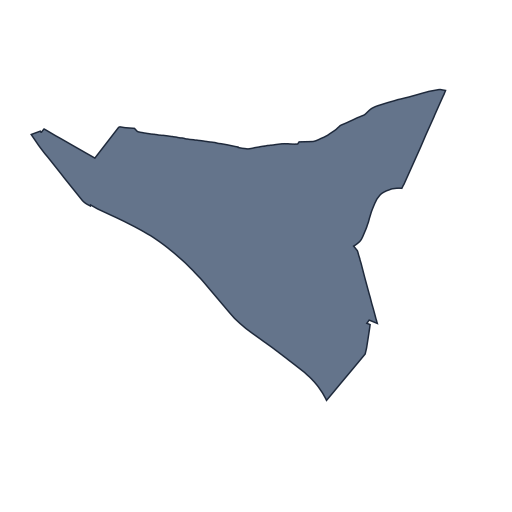 the district of Alblasserdam, Zuid-Holland, Netherlands, rotated 353°
{"feature_id": "6326949B80110375564043", "entity_name": "Alblasserdam", "entity_type": "district", "adm_level": 2, "iso_a3": "NLD", "parent_name": "Netherlands", "parent_adm1": "Zuid-Holland", "projection": "robinson", "projection_center": [4.666, 51.86], "detail": "fine", "context": "isolated", "style": "filled", "palette": "slate", "viewbox_px": 512, "rotation_deg": 353, "n_neighbors": 0, "source": "geoboundaries", "source_scale": "gbopen_adm2", "svg_char_len": 5993}
<svg xmlns="http://www.w3.org/2000/svg" viewBox="0 0 512 512"><g transform="rotate(353 256 256)"><path d="M308.4,407.9L315.7,401.1L324.6,392.7L336.9,381.2L352.4,366.6L354.5,360.9L357.7,349.7L360.1,341.1L360.9,338.0L357.8,336.3L360.5,333.4L368.2,337.7L367.8,335.4L367.8,335.0L367.4,332.9L366.9,329.0L366.8,328.8L366.8,328.4L366.0,322.8L365.1,317.3L364.3,311.0L363.8,308.0L361.2,289.9L359.4,276.1L358.7,272.2L358.7,271.4L357.9,267.2L357.9,266.8L357.5,264.2L357.3,263.5L357.2,263.0L356.3,261.6L355.6,260.4L354.1,258.1L355.8,257.3L357.8,256.2L358.9,255.5L359.8,254.9L360.4,254.5L361.1,253.9L361.8,253.2L362.6,252.3L363.5,251.0L364.4,249.6L368.5,242.5L369.6,240.4L370.4,238.6L371.5,236.5L372.3,234.6L372.7,233.6L373.1,232.5L373.7,231.2L376.0,226.0L376.4,225.3L377.1,223.9L379.7,219.3L380.5,217.9L381.2,216.9L381.9,215.8L382.8,214.4L383.9,213.2L385.4,211.7L386.5,210.6L386.9,210.3L388.0,209.5L389.1,208.9L390.0,208.5L391.2,208.0L392.7,207.5L393.4,207.2L394.0,207.1L395.7,206.7L396.3,206.6L398.1,206.1L398.7,206.0L399.2,205.9L399.8,205.9L401.2,205.9L403.9,205.9L406.2,206.1L408.1,206.4L409.0,206.6L409.7,205.5L410.7,204.0L410.9,203.7L411.5,203.0L432.3,168.6L436.9,160.7L439.2,156.7L449.7,139.4L450.2,138.4L455.3,129.9L458.8,124.1L461.4,119.8L462.3,118.5L462.7,117.7L463.3,116.6L463.9,115.6L464.3,114.8L462.7,114.3L461.9,114.1L460.4,113.6L459.8,113.4L459.1,113.2L458.5,113.2L458.0,113.1L449.2,113.6L447.5,113.7L446.4,113.9L445.0,114.1L440.8,114.7L435.2,115.6L429.2,116.5L428.1,116.7L426.5,116.9L423.7,117.2L421.3,117.5L419.0,117.8L416.7,118.0L416.2,118.0L414.1,118.4L412.0,118.8L409.3,119.2L406.0,119.7L403.2,120.2L401.0,120.6L398.4,121.1L396.1,121.5L394.2,121.9L392.6,122.3L390.5,123.0L388.9,123.6L387.9,124.1L386.2,125.2L384.2,126.7L382.5,128.0L381.2,128.9L380.0,129.4L378.0,129.9L375.6,130.6L373.5,131.1L372.0,131.6L370.0,132.3L367.6,133.1L365.3,133.8L362.6,134.7L360.2,135.4L358.0,136.0L356.3,136.5L355.2,137.0L354.2,137.8L352.7,138.8L351.0,140.1L349.6,140.9L346.2,142.6L344.8,143.3L343.3,144.1L341.6,145.0L339.9,145.6L338.2,146.3L337.1,146.6L335.7,147.0L334.3,147.4L333.3,147.8L332.4,148.1L331.7,148.3L329.9,148.8L329.2,149.0L328.4,149.1L327.7,149.2L327.0,149.3L326.4,149.3L325.5,149.2L325.0,149.2L324.3,149.1L323.0,149.0L312.7,148.0L311.0,149.9L310.2,149.9L308.4,149.7L308.2,149.8L307.3,149.6L306.8,149.5L306.7,149.5L306.4,149.5L304.4,149.1L303.1,148.9L302.0,148.6L300.7,148.4L299.6,148.3L298.9,148.2L297.8,148.0L297.2,148.0L296.4,147.9L295.4,147.8L294.0,147.8L291.9,147.8L291.3,147.8L288.6,147.8L287.3,147.9L286.1,147.9L285.6,147.9L284.9,148.0L284.6,147.8L283.4,147.8L282.8,147.9L282.1,147.8L281.3,147.8L281.0,147.7L280.1,147.8L279.7,147.8L279.0,148.0L278.6,147.9L277.8,147.9L277.7,148.1L277.0,148.1L276.8,147.9L273.8,148.0L272.8,148.2L272.7,148.1L272.0,148.2L267.9,148.3L267.5,148.4L265.8,148.6L264.0,148.7L262.8,148.7L262.3,148.8L260.9,148.7L260.3,148.6L259.8,148.5L258.9,148.2L257.2,147.8L257.0,147.7L256.7,147.7L256.4,147.7L256.1,147.6L252.9,146.6L251.5,146.1L251.5,145.9L251.5,145.7L251.2,145.7L250.9,145.5L250.8,145.4L250.7,145.4L248.7,144.8L244.1,143.2L243.8,143.1L243.5,143.0L241.2,142.2L238.0,141.2L234.7,140.2L234.3,140.1L233.1,139.9L232.5,139.7L232.1,139.6L231.6,139.5L231.2,139.2L230.8,139.0L230.4,139.0L230.1,138.9L229.9,138.7L229.6,138.6L229.2,138.4L227.1,137.9L226.0,137.6L224.1,137.2L222.5,136.8L220.9,136.3L219.2,135.9L218.6,135.7L218.1,135.5L217.6,135.4L217.1,135.3L216.6,135.1L214.2,134.5L213.4,134.4L213.1,134.3L212.5,134.1L211.4,133.8L211.1,133.7L210.5,133.7L210.1,133.6L209.3,133.4L208.8,133.2L208.3,133.0L207.8,132.9L205.3,132.4L204.3,132.2L204.0,132.1L202.5,131.6L202.1,131.5L201.7,131.5L201.0,131.3L199.8,130.9L198.9,130.4L198.7,130.3L198.0,130.2L197.8,130.1L197.6,130.0L196.9,129.8L196.1,129.7L195.5,129.6L194.8,129.5L194.5,129.4L194.1,129.2L193.8,129.1L193.6,129.1L193.3,129.0L193.1,129.0L192.8,128.9L192.6,128.8L192.5,128.7L192.0,128.5L191.5,128.3L190.3,128.0L189.9,127.9L189.3,127.8L188.9,127.7L188.3,127.5L188.0,127.4L187.8,127.3L187.5,127.2L186.2,127.0L185.9,126.9L185.1,126.6L184.7,126.6L184.4,126.5L183.9,126.3L178.9,125.0L178.5,124.9L177.7,124.8L176.9,124.7L176.4,124.6L175.4,124.3L175.0,124.3L174.5,124.2L174.2,124.1L173.9,124.0L173.3,123.8L172.7,123.6L171.8,123.3L171.1,123.2L170.8,123.1L170.6,123.0L170.3,122.9L169.8,122.8L169.5,122.8L168.5,122.5L167.6,122.4L165.8,121.9L164.4,121.5L163.9,121.3L163.7,121.3L163.5,121.2L163.4,121.2L163.1,121.2L162.0,120.8L160.9,120.5L159.8,120.2L158.1,119.6L156.5,119.2L154.6,118.5L154.2,118.4L153.9,118.2L153.6,118.0L153.4,117.8L153.1,117.5L152.8,117.2L152.0,116.0L150.9,114.5L141.8,112.7L141.4,112.6L137.3,111.4L137.0,111.3L136.7,111.3L136.3,111.3L136.1,111.3L135.8,111.4L135.6,111.5L135.4,111.6L135.1,111.8L108.0,139.2L100.5,133.6L99.8,133.1L96.5,130.6L95.4,129.8L89.5,125.4L76.7,115.8L71.6,112.1L62.8,105.3L62.2,104.9L61.6,104.4L61.1,104.1L59.6,105.5L58.1,107.0L57.5,106.8L57.1,105.8L47.7,108.0L48.8,110.2L53.6,119.5L55.1,122.2L58.5,128.0L59.1,129.0L61.6,132.8L67.1,141.8L74.1,153.3L74.7,154.4L74.9,154.7L76.5,157.3L90.5,179.9L91.8,181.5L93.1,182.8L94.8,184.2L96.3,185.2L97.7,186.2L98.1,185.2L99.3,186.1L102.7,188.6L103.3,189.1L104.0,189.6L104.7,190.1L117.2,197.9L121.6,200.6L129.4,205.6L132.8,207.9L138.9,212.0L142.0,214.2L145.1,216.4L151.4,221.2L153.5,222.7L154.5,223.5L156.5,225.2L159.1,227.5L161.7,229.8L164.6,232.5L166.8,234.6L168.6,236.4L169.8,237.6L171.6,239.5L174.4,242.4L175.9,244.0L179.1,247.6L182.6,251.5L185.1,254.4L187.3,257.2L189.3,259.8L191.4,262.4L193.4,265.2L195.7,268.3L198.2,271.6L200.0,274.2L201.8,276.9L203.8,280.0L205.5,282.6L207.0,284.9L223.0,309.3L227.1,315.3L231.8,320.9L237.1,326.7L242.1,331.5L243.4,332.7L248.3,337.2L252.8,341.4L257.3,345.5L260.9,348.8L265.0,352.8L268.1,355.8L272.5,360.1L276.3,363.9L281.1,368.6L284.2,371.7L287.5,375.0L290.0,377.5L292.5,380.5L294.2,382.4L294.7,383.0L296.4,385.2L297.4,386.6L298.6,388.2L299.7,389.9L300.8,391.6L302.0,393.6L303.6,396.7L305.3,400.0L306.1,401.9L306.9,403.9L307.8,406.1L308.4,407.9Z" fill="#64748b" stroke="#1e293b" stroke-width="1.5"/></g></svg>